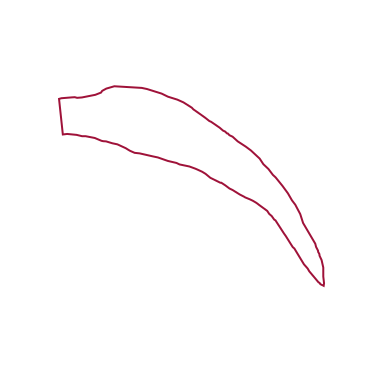 the district of La Libertad, Huehuetenango, Guatemala, rotated 330°
{"feature_id": "79465075B32919336538902", "entity_name": "La Libertad", "entity_type": "district", "adm_level": 2, "iso_a3": "GTM", "parent_name": "Guatemala", "parent_adm1": "Huehuetenango", "projection": "equal_earth", "projection_center": [-91.902, 15.54], "detail": "fine", "context": "isolated", "style": "outline", "palette": "rose", "viewbox_px": 384, "rotation_deg": 330, "n_neighbors": 0, "source": "geoboundaries", "source_scale": "gbopen_adm2", "svg_char_len": 1525}
<svg xmlns="http://www.w3.org/2000/svg" viewBox="0 0 384 384"><g transform="rotate(330 192 192)"><path d="M259.1,339.1L260.7,337.1L263.4,330.9L267.9,323.1L270.2,315.7L270.6,311.0L271.3,309.3L271.3,306.9L271.8,305.9L272.0,301.6L272.9,298.4L272.7,274.4L274.7,265.2L275.0,256.8L275.1,254.7L274.4,249.2L274.4,241.1L273.4,231.9L271.7,221.1L270.6,217.6L269.7,210.3L267.7,203.6L267.3,196.9L263.8,185.5L261.3,179.7L256.9,171.0L254.8,164.4L252.8,161.5L252.3,159.3L251.6,158.7L250.9,156.2L249.6,154.4L248.1,150.1L243.6,140.7L242.5,139.2L240.6,134.4L237.7,128.0L234.5,121.1L234.0,118.9L229.4,110.1L225.5,104.7L218.8,97.4L214.9,91.6L204.5,80.3L200.5,76.7L177.6,61.6L169.5,59.6L164.8,59.5L162.9,60.4L156.9,59.5L144.0,55.1L139.6,53.0L137.9,51.3L135.1,49.9L125.8,45.5L123.4,44.9L108.9,77.6L112.9,79.3L120.6,84.8L124.7,88.7L127.9,90.6L134.8,96.6L139.2,102.4L140.5,103.6L142.9,105.2L147.4,110.0L151.2,113.4L156.5,120.9L158.0,123.7L158.9,125.3L161.9,129.4L166.0,132.4L175.7,141.4L179.7,145.0L186.6,153.0L193.1,159.1L195.0,161.9L202.5,168.6L206.5,173.4L207.7,175.0L210.9,179.5L212.8,183.0L215.0,188.9L221.2,198.2L222.0,198.6L223.5,201.6L224.2,203.0L226.2,207.7L228.1,210.5L232.1,218.0L234.8,222.2L235.3,223.2L238.0,226.7L238.6,227.5L240.3,230.0L242.1,233.2L242.9,234.9L243.4,236.2L247.7,246.0L247.9,249.5L249.0,252.7L249.4,257.0L250.1,258.3L250.9,273.8L251.2,277.1L251.5,285.3L251.7,290.1L252.4,292.1L252.8,310.6L253.9,316.1L253.9,319.3L256.4,333.5L257.0,334.4L257.1,336.0L259.1,339.1Z" fill="none" stroke="#9f1239" stroke-width="2"/></g></svg>